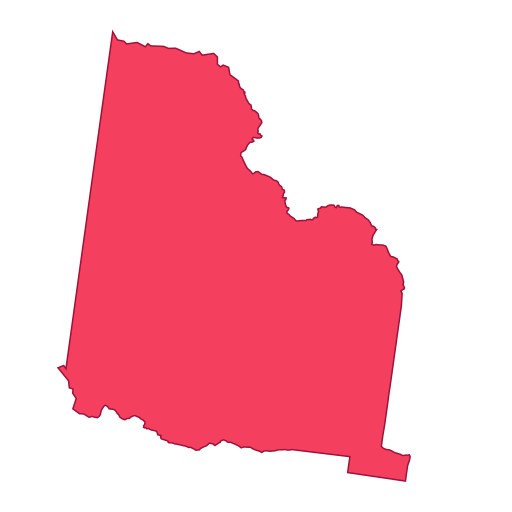 Valley, Idaho, United States of America, rotated 278°
{"feature_id": "52423323B68187533986478", "entity_name": "Valley", "entity_type": "district", "adm_level": 2, "iso_a3": "USA", "parent_name": "United States of America", "parent_adm1": "Idaho", "projection": "natural_earth1", "projection_center": [-115.582, 44.683], "detail": "fine", "context": "isolated", "style": "filled", "palette": "rose", "viewbox_px": 512, "rotation_deg": 278, "n_neighbors": 0, "source": "geoboundaries", "source_scale": "gbopen_adm2", "svg_char_len": 4745}
<svg xmlns="http://www.w3.org/2000/svg" viewBox="0 0 512 512"><g transform="rotate(278 256 256)"><path d="M427.1,213.8L431.9,205.0L439.0,202.6L440.5,196.9L438.4,194.7L440.4,191.1L447.7,190.1L450.7,185.9L447.4,174.7L450.7,171.3L447.6,166.4L447.4,158.6L450.6,147.5L449.4,140.5L450.7,135.2L449.4,122.6L451.2,119.3L447.8,117.4L450.9,108.5L448.0,98.4L450.3,95.4L450.7,88.7L458.1,82.9L376.7,83.0L118.0,83.5L120.8,80.8L117.7,75.5L106.4,87.7L99.5,89.5L98.8,93.3L94.6,93.6L89.9,97.8L79.2,95.9L75.3,103.1L75.6,107.5L73.1,113.0L74.3,116.2L73.8,119.4L73.9,121.6L75.4,123.0L77.2,123.9L81.8,124.3L85.9,126.2L87.1,127.2L87.0,128.7L86.4,129.5L85.4,131.0L84.2,131.8L84.2,133.0L84.3,134.5L84.1,137.2L82.4,139.3L81.1,140.2L79.6,142.2L77.5,143.6L76.3,145.8L75.6,148.5L75.9,149.6L77.1,150.7L77.5,153.1L78.3,153.8L79.5,154.8L79.8,155.7L80.7,156.7L81.1,158.8L80.6,160.1L80.0,162.7L78.7,164.5L77.7,167.2L76.1,169.2L73.8,169.2L72.6,168.5L70.9,168.4L70.3,169.2L70.6,170.5L69.7,172.0L70.2,173.3L69.6,175.0L69.1,176.7L69.0,178.7L68.8,180.8L68.6,181.8L68.1,182.3L67.2,182.7L65.3,183.6L65.1,186.3L65.1,186.8L64.4,187.0L63.8,186.7L62.7,187.0L61.8,187.6L61.4,189.9L61.0,191.8L60.7,193.7L60.2,194.8L59.3,195.0L58.9,195.9L59.1,196.8L59.2,198.0L59.3,199.6L59.0,200.2L58.6,201.7L58.7,203.2L58.5,205.5L58.4,208.2L58.1,209.7L58.0,211.9L57.9,212.9L57.7,213.8L57.2,215.1L57.1,216.4L57.3,217.2L57.5,218.0L57.0,219.1L56.7,220.0L56.5,220.9L56.0,222.0L55.3,223.4L55.8,225.3L56.2,227.1L57.6,227.7L58.3,228.7L59.9,231.1L61.3,233.5L64.2,236.0L63.9,240.1L63.0,240.8L62.6,241.8L63.4,242.5L63.7,243.0L64.0,243.4L64.7,244.1L65.4,244.8L65.8,245.3L66.2,245.9L66.3,246.2L66.6,246.5L67.0,246.4L68.0,246.9L69.4,249.3L68.8,252.2L67.9,253.4L67.7,254.1L67.8,255.1L68.0,256.7L66.8,261.2L65.6,265.1L64.0,268.0L65.3,270.9L65.5,274.8L65.9,277.1L64.7,279.4L63.9,282.5L63.4,285.2L63.0,287.7L62.2,288.7L62.7,289.7L64.0,290.9L64.6,294.0L64.5,296.3L65.1,299.0L65.8,302.0L67.2,305.2L67.7,308.4L68.4,312.0L68.2,314.4L68.9,317.5L69.3,318.1L70.4,376.9L54.3,376.9L53.9,435.3L59.4,435.3L69.3,435.3L75.5,436.5L79.1,436.5L80.5,435.3L79.8,434.2L79.8,432.4L79.1,430.2L78.9,428.5L79.7,426.7L80.0,424.6L80.4,422.2L80.8,419.9L81.8,417.8L82.3,416.1L82.6,414.9L82.5,412.7L82.7,410.9L83.5,408.5L85.0,406.6L97.0,406.6L107.1,406.9L114.1,406.9L127.4,406.9L137.8,406.8L147.9,406.9L159.4,406.9L175.1,406.9L193.7,406.9L204.3,406.9L210.9,406.9L227.0,406.9L239.4,405.9L241.5,404.4L243.1,405.9L244.0,407.3L245.2,407.5L248.0,405.7L251.0,405.8L253.4,404.7L257.4,403.1L259.5,401.0L262.3,398.6L265.0,396.6L268.0,397.0L269.2,398.0L270.5,398.1L270.6,397.6L271.4,396.8L272.8,396.1L274.2,392.0L274.2,389.6L277.2,387.2L280.4,385.4L283.7,383.4L284.5,380.2L284.1,376.2L284.1,373.2L283.1,371.3L283.7,369.0L285.7,369.3L288.5,368.5L292.8,369.0L297.1,370.9L299.1,371.8L299.2,370.7L300.5,370.2L301.8,368.3L301.6,366.9L302.6,365.9L305.1,364.4L307.4,362.1L309.2,358.5L311.3,356.0L313.4,349.6L315.4,347.2L316.7,342.7L316.5,337.3L316.4,333.7L315.9,332.8L316.3,331.3L317.6,331.0L317.3,329.5L316.2,329.1L315.1,328.7L315.3,327.5L317.2,326.0L317.0,323.7L316.7,322.0L316.0,320.4L314.4,318.7L313.9,317.4L313.9,315.3L314.0,314.4L313.3,313.5L312.3,313.2L311.9,312.0L311.3,310.8L310.2,310.9L308.9,311.8L306.9,311.4L305.8,311.3L303.9,311.6L303.2,311.5L302.3,310.7L302.7,309.4L301.4,307.8L299.8,307.0L299.5,305.9L299.9,304.7L299.3,302.7L299.1,301.4L298.2,300.6L297.9,299.3L297.7,297.2L297.3,295.6L297.1,294.5L296.4,292.1L296.5,290.5L298.4,288.5L299.6,286.0L300.3,284.4L301.9,282.6L302.4,281.1L304.0,280.3L305.8,281.3L306.9,281.8L308.0,281.9L308.3,281.4L308.6,279.4L309.7,278.7L312.3,277.6L315.1,276.7L316.0,277.7L317.7,277.8L317.6,276.0L317.5,274.1L319.0,274.2L319.8,274.6L321.3,274.4L323.2,275.4L325.1,274.9L325.6,272.9L328.3,271.6L329.1,269.9L330.2,268.6L331.6,268.0L332.7,267.1L333.4,265.4L333.6,263.1L334.7,261.3L335.9,259.4L336.6,257.1L337.1,255.2L337.8,252.5L337.6,250.5L339.9,246.3L339.2,243.8L337.6,242.5L337.0,241.1L338.1,239.8L339.1,239.0L341.5,235.3L344.7,232.9L348.0,230.7L351.9,228.3L353.2,226.8L356.3,226.8L357.3,227.9L359.0,230.1L360.4,231.1L361.9,231.3L364.8,232.3L367.7,234.2L368.2,236.4L369.5,238.0L370.6,237.0L371.4,235.8L373.0,236.9L373.1,238.7L372.9,240.4L373.3,242.9L374.1,244.6L375.6,245.2L376.1,244.0L377.5,243.0L377.2,241.8L378.0,240.6L378.8,240.7L380.1,240.8L381.2,240.2L383.1,240.3L385.0,241.3L386.9,242.3L388.9,243.2L390.5,242.7L392.2,241.3L392.1,240.5L393.3,239.7L394.5,239.3L396.8,238.5L397.7,237.5L398.4,236.6L399.8,234.2L399.7,232.8L401.0,231.0L402.6,230.8L404.9,229.9L405.9,227.8L408.8,225.6L411.0,223.9L412.8,223.4L414.0,222.4L415.4,221.7L415.6,222.3L416.7,222.2L416.9,221.2L418.5,220.5L419.5,218.5L420.6,216.8L422.5,215.8L423.7,215.5L425.0,214.7L426.9,214.2L427.1,213.8Z" fill="#f43f5e" stroke="#9f1239" stroke-width="1.5"/></g></svg>